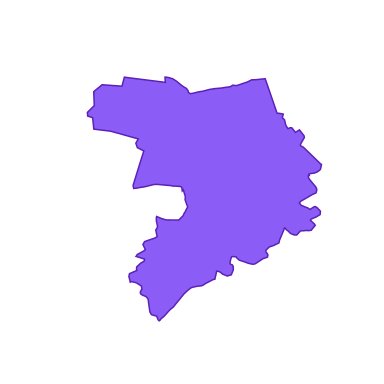 Abu Hammad, Ash Sharqiyah, Egypt, rotated 201°
{"feature_id": "37247803B30253280006981", "entity_name": "Abu Hammad", "entity_type": "district", "adm_level": 2, "iso_a3": "EGY", "parent_name": "Egypt", "parent_adm1": "Ash Sharqiyah", "projection": "mercator", "projection_center": [31.677, 30.543], "detail": "fine", "context": "isolated", "style": "filled", "palette": "violet", "viewbox_px": 384, "rotation_deg": 201, "n_neighbors": 0, "source": "geoboundaries", "source_scale": "gbopen_adm2", "svg_char_len": 3521}
<svg xmlns="http://www.w3.org/2000/svg" viewBox="0 0 384 384"><g transform="rotate(201 192 192)"><path d="M203.9,79.2L203.5,78.5L201.6,78.0L198.0,77.9L197.4,77.9L194.7,76.4L188.4,65.0L187.1,63.9L186.1,63.0L185.2,63.0L180.5,63.4L177.8,60.5L176.4,60.0L175.9,60.9L175.4,62.8L173.5,66.0L171.0,72.6L170.0,74.9L168.1,78.1L167.4,80.5L163.1,93.6L162.6,94.7L161.2,97.7L158.8,101.9L157.3,103.3L153.1,106.0L150.3,107.4L148.6,108.6L146.5,111.5L140.7,118.0L139.4,118.7L140.2,124.5L140.6,126.9L139.2,127.3L136.8,127.3L134.1,126.3L128.9,126.2L125.6,128.8L125.6,131.3L125.5,134.1L126.9,137.4L128.2,138.4L130.1,138.4L131.0,138.9L131.8,143.2L131.7,146.0L128.8,146.9L127.6,147.3L126.2,146.3L124.8,145.8L123.4,145.3L117.4,145.6L114.1,145.6L113.6,145.7L111.8,145.9L109.0,146.4L107.1,147.8L101.8,155.2L98.2,158.2L98.5,160.3L99.8,161.7L101.2,162.2L101.7,163.2L102.1,164.1L100.2,168.3L96.4,171.5L94.7,173.4L92.6,175.6L93.0,178.5L92.8,185.4L92.7,190.6L92.8,191.6L91.8,191.6L91.3,191.1L90.4,190.6L88.6,190.1L86.2,189.1L84.7,188.5L83.5,188.6L81.1,188.5L78.8,189.4L76.8,194.5L75.0,195.4L73.6,195.9L72.1,196.8L71.2,197.1L69.3,197.7L67.0,199.0L65.0,205.1L66.4,206.1L67.8,206.6L71.4,208.1L71.0,209.5L67.2,213.1L64.3,216.8L65.2,220.1L69.3,222.1L71.6,222.6L72.5,222.2L74.9,219.0L75.4,218.0L78.2,218.6L81.5,218.6L82.8,218.7L85.2,218.7L87.0,219.7L87.9,220.2L87.0,222.5L78.8,232.7L77.9,233.6L76.0,235.4L76.0,237.3L76.4,239.2L78.2,241.1L83.7,244.1L86.9,246.0L88.8,247.5L89.2,249.4L88.4,249.5L89.2,250.8L86.3,252.6L84.5,253.5L82.1,255.8L80.6,258.1L80.2,259.5L80.6,261.9L81.0,264.2L81.9,264.2L82.9,264.7L104.0,273.7L107.2,274.1L107.7,274.7L107.7,276.1L107.3,278.7L106.6,283.1L107.5,284.6L113.9,288.5L116.8,284.8L121.8,287.7L123.3,287.3L125.1,285.5L128.3,287.9L129.9,290.2L131.5,292.6L134.3,293.7L134.7,297.4L137.4,297.0L139.3,296.6L140.5,296.0L141.1,296.4L163.0,322.5L163.9,323.5L164.3,324.0L172.3,319.9L176.5,318.1L179.8,314.5L187.8,307.9L188.8,307.2L192.3,306.3L194.0,304.0L198.2,301.7L202.0,299.5L207.6,296.8L212.3,294.1L218.0,290.0L221.2,288.2L226.4,284.6L227.9,283.7L228.8,283.2L229.7,283.4L231.1,283.8L232.0,285.2L234.3,286.7L237.5,287.2L241.2,288.2L242.6,288.7L245.8,289.8L250.5,290.8L252.9,290.6L253.8,290.6L254.6,290.5L254.8,290.4L255.6,290.3L257.4,290.0L258.4,289.5L256.2,284.8L294.0,275.5L295.7,275.2L296.3,275.0L295.3,265.7L299.6,264.4L314.4,259.9L319.7,250.5L317.7,245.8L314.2,237.6L318.2,228.8L316.6,225.5L311.4,225.8L306.2,215.5L289.8,219.6L270.9,221.4L261.2,222.3L261.9,217.4L258.9,213.8L251.7,213.1L250.8,198.3L249.8,183.6L249.5,178.9L249.5,178.5L249.4,177.1L248.8,176.1L248.1,175.0L247.7,174.4L244.6,176.0L241.8,177.8L238.5,179.6L230.0,185.5L226.7,186.8L222.8,187.9L217.4,189.4L214.5,190.3L211.7,190.7L209.4,191.6L206.6,192.4L205.2,192.9L203.3,192.8L201.5,189.5L201.0,190.9L200.1,189.9L198.3,187.5L196.5,185.2L195.7,182.3L192.9,179.0L192.4,178.4L191.1,177.0L190.7,176.5L191.2,172.8L191.3,170.9L191.5,170.1L191.7,169.5L191.8,166.7L193.3,163.4L194.3,161.1L199.3,159.2L206.0,156.7L210.6,156.3L216.2,156.5L216.2,155.5L214.9,152.2L213.6,150.3L211.8,147.4L211.8,144.6L212.3,143.7L210.4,140.7L208.5,137.8L210.4,135.5L212.7,133.6L215.0,131.7L218.5,128.7L219.0,125.4L218.5,124.9L214.9,121.5L215.9,119.7L218.7,116.4L220.7,114.1L221.2,111.8L216.5,112.1L212.2,112.3L211.9,110.2L214.3,107.4L216.8,102.3L216.3,100.4L215.4,98.9L215.9,98.5L217.3,97.1L221.1,93.4L220.9,92.1L220.7,90.6L217.3,85.7L216.8,86.4L215.4,86.8L212.1,87.2L211.2,87.2L205.6,86.1L203.8,83.2L204.3,82.3L204.4,80.0L203.9,79.2Z" fill="#8b5cf6" stroke="#5b21b6" stroke-width="1.5"/></g></svg>